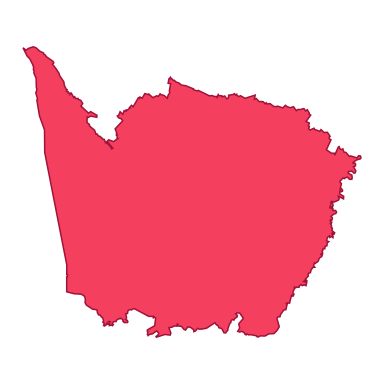 Klaten, Jawa Tengah, Indonesia
{"feature_id": "22746128B24447956326165", "entity_name": "Klaten", "entity_type": "district", "adm_level": 2, "iso_a3": "IDN", "parent_name": "Indonesia", "parent_adm1": "Jawa Tengah", "projection": "robinson", "projection_center": [110.611, -7.675], "detail": "fine", "context": "isolated", "style": "filled", "palette": "rose", "viewbox_px": 384, "rotation_deg": 0, "n_neighbors": 0, "source": "geoboundaries", "source_scale": "gbopen_adm2", "svg_char_len": 5944}
<svg xmlns="http://www.w3.org/2000/svg" viewBox="0 0 384 384"><path d="M23.0,47.8L27.2,56.2L29.7,58.7L32.8,64.8L33.7,67.7L33.3,69.4L34.0,70.8L33.9,73.2L36.1,78.2L36.3,87.0L36.9,89.6L35.8,92.9L37.3,98.1L37.5,99.3L36.8,100.0L39.5,116.0L44.5,129.9L44.7,152.4L66.8,265.0L66.7,274.5L67.4,274.5L67.4,276.9L66.7,276.9L66.7,291.8L73.9,293.7L81.4,294.2L84.2,296.0L85.3,298.4L85.1,302.8L86.5,305.2L92.6,309.2L96.9,309.8L97.5,313.0L98.7,315.0L100.3,315.1L101.3,316.9L102.8,317.9L103.6,321.2L102.8,322.2L104.3,323.5L103.6,325.6L104.5,326.0L106.6,324.6L106.7,323.5L108.0,324.2L107.9,322.0L109.1,321.3L110.4,322.1L109.5,323.3L109.4,325.6L111.4,325.1L112.5,325.7L113.3,324.6L112.4,324.2L113.0,322.4L114.2,321.6L116.1,321.6L116.4,320.3L119.3,318.5L120.0,318.9L120.8,318.3L122.9,319.6L122.9,321.2L124.3,322.6L127.5,322.5L127.9,321.7L127.3,320.3L125.5,319.6L126.6,317.8L125.7,313.8L127.5,313.5L128.0,310.5L130.5,309.5L131.5,309.9L134.0,308.5L148.8,316.4L153.1,316.4L153.3,318.5L153.8,316.6L155.6,318.0L154.7,325.7L147.4,329.9L147.2,331.1L147.8,331.7L147.4,334.3L148.1,335.6L149.3,334.5L152.6,333.8L156.7,330.8L158.7,333.2L158.2,334.8L156.0,336.5L156.4,337.2L164.9,334.5L170.2,335.1L170.9,333.0L168.9,327.7L172.3,327.1L174.1,326.0L176.9,326.1L177.3,324.1L177.9,324.3L177.7,325.9L181.7,326.5L183.8,329.3L185.5,330.1L187.8,326.9L190.6,327.4L193.6,329.7L193.9,331.7L195.5,331.0L197.6,328.3L198.9,329.1L201.9,329.1L206.6,328.2L215.0,322.7L216.4,324.9L218.0,325.5L218.9,327.8L220.9,328.2L222.3,329.4L223.8,332.7L225.6,333.0L227.9,330.1L227.9,328.6L229.6,323.9L230.9,322.5L231.1,320.5L232.7,319.5L233.9,320.1L234.4,319.0L237.3,316.7L237.3,315.3L235.7,313.8L237.4,312.8L239.8,313.2L243.4,318.4L239.1,323.3L238.8,324.3L239.7,328.0L237.7,331.4L239.9,332.1L241.7,331.3L244.2,332.7L245.0,334.3L246.2,334.9L247.0,333.9L248.7,334.9L251.0,334.7L256.7,335.9L256.9,336.7L258.1,337.0L260.4,335.9L265.2,336.0L268.7,333.9L274.0,333.6L277.1,330.4L279.3,326.7L276.9,318.5L277.6,317.1L280.0,316.7L280.5,314.6L283.9,309.9L285.9,309.7L287.2,304.0L286.3,303.7L286.8,303.0L289.6,303.1L291.4,295.7L292.1,294.9L292.8,296.2L293.3,296.0L294.0,294.1L292.9,292.9L292.9,292.1L294.4,288.9L294.5,287.1L295.7,287.9L296.4,287.1L299.0,287.3L299.6,285.6L301.3,284.6L302.2,285.6L304.3,284.9L306.0,285.7L306.8,282.2L303.6,281.5L304.8,280.4L306.3,281.2L306.9,280.7L305.4,279.2L308.4,275.9L308.1,274.1L308.9,273.1L310.4,272.7L311.1,270.0L312.8,267.5L314.8,267.2L313.6,266.0L314.3,263.0L314.9,263.6L318.1,261.4L319.4,258.1L321.8,256.5L321.7,255.1L320.8,254.3L321.2,253.8L322.4,254.6L322.7,252.8L322.0,251.4L323.0,250.1L322.7,249.3L323.4,248.4L324.8,248.8L325.2,246.2L326.9,245.9L327.3,242.8L328.8,241.6L326.5,240.8L327.5,237.3L329.3,235.9L329.8,237.5L331.1,236.3L332.9,237.7L333.1,236.3L331.8,233.5L333.0,232.5L332.9,234.1L333.9,234.3L334.7,232.8L331.9,230.5L332.4,228.3L331.4,227.5L331.6,225.9L330.5,223.8L331.2,224.0L331.8,222.1L330.6,221.6L330.1,220.2L330.5,219.7L331.8,220.2L332.2,219.3L332.4,217.9L331.0,216.5L333.6,214.2L335.8,213.5L336.6,212.1L335.6,210.5L332.7,210.4L332.9,208.7L329.8,207.8L330.3,206.1L332.5,207.2L333.1,205.3L332.5,202.7L331.7,202.6L330.9,203.5L331.1,202.1L331.5,201.5L334.2,202.0L338.4,200.2L339.2,198.7L338.3,196.2L343.5,198.9L343.7,196.3L339.6,193.9L340.0,190.4L341.0,191.8L342.4,191.3L342.6,190.2L341.4,188.6L340.3,188.6L341.4,183.5L340.1,182.3L340.1,181.1L343.0,178.0L344.6,178.6L345.1,177.8L347.4,177.2L349.6,179.3L351.8,179.3L352.2,177.9L351.9,175.1L348.2,173.2L348.3,171.7L351.8,171.1L354.0,173.2L355.3,172.8L355.8,170.7L353.4,166.8L355.4,166.0L355.6,163.9L355.0,163.2L353.1,163.2L353.1,162.4L356.5,160.0L360.3,158.9L361.0,157.8L360.5,156.0L358.6,155.7L357.0,157.9L350.6,155.9L349.4,156.4L346.0,152.5L343.9,152.0L342.9,148.9L341.2,149.5L340.0,148.9L339.2,146.6L338.3,147.0L335.0,154.6L334.3,154.2L334.2,153.2L331.5,153.2L326.4,149.8L331.0,139.8L329.2,138.7L329.5,136.5L330.0,136.4L329.6,135.5L327.4,132.3L324.2,132.5L321.0,129.6L319.8,131.3L314.6,129.4L314.0,128.2L310.1,130.0L308.6,128.6L309.4,126.5L308.4,125.8L309.4,123.1L306.1,121.5L310.7,115.1L308.9,114.0L309.3,113.1L307.3,109.7L305.6,111.0L304.2,108.8L303.3,108.6L300.7,109.5L297.7,109.5L296.3,110.7L293.5,106.7L290.3,107.7L287.2,106.7L285.4,105.3L282.8,107.9L277.5,106.1L276.2,106.7L273.7,106.4L270.0,103.6L267.3,104.0L266.1,102.7L265.2,103.8L263.0,101.6L259.0,101.5L256.3,98.5L254.4,99.3L255.2,95.1L245.0,98.3L240.5,95.7L238.9,96.5L236.8,95.3L236.7,94.3L235.6,95.0L234.4,93.6L233.2,94.5L228.6,95.2L228.5,97.4L227.9,98.5L226.6,98.7L224.8,96.0L222.0,96.9L221.9,95.8L218.8,95.6L218.2,94.6L217.1,97.5L216.4,96.4L214.9,96.6L211.8,95.5L209.6,95.9L198.3,90.4L197.3,90.9L194.2,90.0L193.4,89.6L193.6,88.9L185.7,85.7L181.2,85.0L179.3,83.2L175.9,81.9L174.3,80.3L173.5,80.5L171.7,78.6L170.8,78.8L170.5,77.3L168.9,78.9L168.1,83.3L170.6,83.7L169.3,91.1L169.8,92.7L168.1,95.2L167.4,98.2L164.0,95.4L161.1,94.7L160.1,93.8L158.4,96.3L156.6,95.8L152.8,97.6L148.9,94.1L148.6,94.6L144.8,93.6L142.2,98.2L140.0,97.0L139.5,98.3L138.4,97.7L133.1,106.8L131.5,105.3L129.4,107.7L129.9,108.1L127.4,110.0L126.1,109.9L126.1,111.2L124.1,110.7L122.8,114.3L120.1,111.7L118.7,115.3L117.3,115.9L118.4,117.7L121.3,118.9L122.7,120.8L115.1,128.9L116.8,133.1L116.3,133.9L117.2,134.8L116.5,135.3L117.2,136.0L117.1,138.5L117.7,138.6L113.5,141.6L108.7,139.8L107.1,141.3L112.8,148.3L111.6,148.8L110.1,146.1L106.4,142.8L105.5,142.7L105.8,142.0L105.2,142.0L104.3,139.4L103.3,139.4L99.8,136.2L99.0,136.5L96.8,133.8L95.9,134.1L94.6,130.2L90.5,126.8L89.4,125.5L89.4,124.4L87.0,122.5L87.2,117.0L88.0,117.5L90.9,116.1L96.7,117.3L97.0,115.3L90.6,111.6L88.6,113.2L81.0,106.1L82.7,103.5L80.8,100.3L78.5,99.5L78.2,98.5L75.6,98.5L74.7,96.7L73.7,97.5L71.7,93.8L70.2,94.4L70.9,93.1L68.1,93.1L68.1,91.6L66.4,91.2L67.1,89.6L66.3,89.4L64.4,85.5L63.8,81.8L59.6,75.5L59.1,73.5L56.4,69.2L52.5,64.2L53.8,62.9L53.1,61.4L46.1,56.5L45.5,55.1L43.9,54.3L43.6,53.0L39.7,51.1L35.9,47.7L33.1,46.8L28.4,48.4L26.2,50.2L23.0,47.8Z" fill="#f43f5e" stroke="#9f1239" stroke-width="1.5"/></svg>